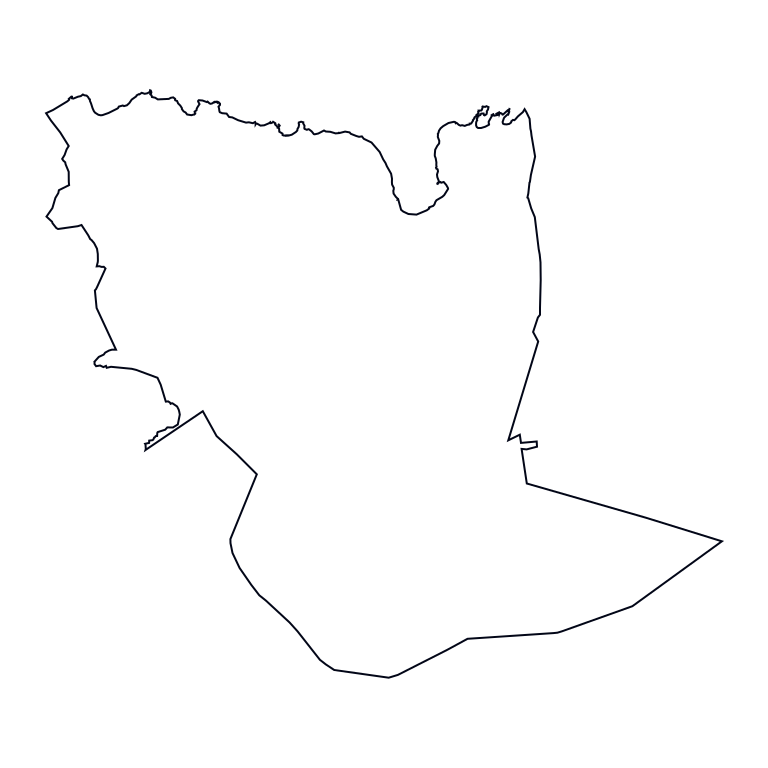 Malvik nor, Sør-Trøndelag, Norway (orthographic projection)
{"feature_id": "86288312B36520451776758", "entity_name": "Malvik nor", "entity_type": "district", "adm_level": 2, "iso_a3": "NOR", "parent_name": "Norway", "parent_adm1": "Sør-Trøndelag", "projection": "orthographic", "projection_center": [10.725, 63.369], "detail": "fine", "context": "isolated", "style": "outline", "palette": "ink", "viewbox_px": 768, "rotation_deg": 0, "n_neighbors": 0, "source": "geoboundaries", "source_scale": "gbopen_adm2", "svg_char_len": 6010}
<svg xmlns="http://www.w3.org/2000/svg" viewBox="0 0 768 768"><path d="M721.9,541.3L645.8,517.7L526.8,483.5L521.6,448.9L526.6,449.4L537.0,446.7L536.7,441.5L521.0,442.9L519.8,434.7L508.3,440.3L538.2,341.5L533.1,332.0L537.9,317.5L540.0,314.8L540.0,307.9L540.7,280.2L540.5,262.4L539.7,254.5L538.7,249.1L534.8,217.1L531.2,208.4L528.2,198.2L527.4,197.6L528.3,193.5L529.5,182.5L529.9,182.0L530.9,175.0L535.1,156.6L531.5,135.5L531.0,131.2L530.4,128.7L529.6,118.8L526.4,112.2L524.6,109.2L522.9,112.1L517.9,116.4L515.2,119.5L514.3,120.2L513.0,119.9L511.3,121.3L511.1,122.5L509.3,123.9L506.6,124.4L504.2,124.2L503.0,123.6L502.6,122.0L503.9,118.2L504.4,117.4L507.6,114.4L508.2,114.6L509.2,112.0L508.6,111.7L509.4,109.3L510.2,109.4L509.4,109.0L509.2,109.7L507.9,110.1L503.1,114.5L502.5,114.6L501.9,113.7L500.6,113.0L499.7,113.2L499.3,114.2L499.0,112.4L496.4,113.8L496.6,114.2L497.8,113.6L498.0,114.9L494.2,115.7L493.3,115.2L493.7,115.0L493.3,114.2L492.9,114.4L493.3,115.1L493.0,115.3L492.6,114.6L491.6,115.2L491.9,115.9L488.7,121.6L488.7,123.1L489.1,124.2L488.9,124.8L485.3,126.7L481.1,128.0L478.1,128.0L476.8,127.1L476.1,125.5L476.1,123.0L476.4,121.5L477.2,120.3L476.7,118.8L477.3,118.3L477.2,117.3L477.3,116.9L478.2,116.6L478.0,116.0L478.5,115.6L480.3,115.1L480.4,114.5L481.3,113.6L483.6,113.5L484.0,115.1L484.7,115.4L486.5,114.2L486.9,112.6L486.8,111.3L488.0,109.5L488.5,107.1L486.4,106.2L485.2,106.9L482.6,106.5L482.4,106.8L482.7,107.4L482.1,108.8L482.0,109.6L481.2,110.5L478.6,110.6L478.8,111.3L478.1,111.9L478.5,113.2L476.7,114.8L477.3,115.2L477.3,115.6L476.7,115.6L474.5,117.4L473.9,119.0L472.9,120.1L473.0,120.7L471.2,123.5L469.9,123.6L470.0,123.9L469.5,124.5L467.1,124.9L464.8,125.9L462.1,125.2L460.4,125.6L458.7,124.8L457.0,123.2L456.3,122.8L455.7,123.2L455.0,122.0L453.9,121.8L448.5,123.0L443.2,126.1L440.6,128.3L439.0,130.7L438.4,133.0L437.8,133.9L438.0,134.9L437.8,136.9L439.3,140.9L439.1,143.5L437.3,145.8L435.2,149.7L434.8,154.2L434.8,155.9L435.7,158.3L436.4,162.4L436.3,165.2L436.6,166.8L436.0,167.5L436.3,168.6L437.6,169.3L438.0,171.3L437.0,174.5L437.3,177.1L439.1,181.8L437.6,182.9L437.3,183.7L437.7,183.9L438.5,182.7L440.4,182.0L441.2,182.7L443.7,182.0L446.2,184.9L447.9,187.9L448.1,188.9L444.2,195.1L442.3,196.8L436.5,200.2L435.4,201.8L434.4,204.5L433.2,205.9L429.2,207.3L429.0,207.6L429.2,208.5L426.8,210.3L416.5,214.6L408.4,214.0L403.3,211.6L401.1,209.8L398.2,199.3L397.6,199.5L397.8,198.8L395.8,196.8L393.6,193.6L393.3,190.8L393.7,189.6L393.8,187.8L392.1,184.6L391.9,182.1L392.0,178.7L391.1,173.7L386.9,166.3L385.5,163.0L383.2,159.4L379.7,152.0L371.5,142.5L363.8,138.8L361.9,136.4L359.0,136.8L356.3,136.0L350.8,133.8L349.6,132.4L345.1,131.6L339.6,133.0L339.2,133.0L339.1,132.0L338.8,133.1L335.6,133.4L330.3,131.8L325.8,131.5L324.0,130.5L318.3,133.5L314.7,134.3L313.8,134.1L311.7,131.4L309.1,129.4L308.3,129.2L306.9,129.8L304.6,128.9L304.3,128.1L304.5,125.7L303.2,123.4L303.3,122.3L301.1,121.7L298.8,122.5L298.7,123.8L299.1,124.6L298.6,127.1L297.5,128.9L297.3,130.5L295.9,132.0L291.8,134.7L288.5,135.6L286.9,135.7L287.2,135.3L286.9,135.3L284.0,135.6L282.6,135.1L282.5,133.6L279.3,131.7L279.1,128.7L278.4,128.0L279.5,125.7L280.1,126.4L279.6,125.5L278.1,123.8L279.4,125.6L278.3,127.9L277.5,127.7L277.4,126.6L275.2,124.6L275.0,123.7L275.4,123.7L275.3,123.2L273.1,121.8L272.7,122.4L271.1,123.1L270.4,123.1L270.2,122.3L268.9,123.3L264.2,125.3L260.5,125.6L257.2,123.7L256.1,123.5L255.6,124.3L255.6,123.0L255.1,122.0L252.9,123.2L248.9,122.3L246.0,122.6L238.1,120.2L232.3,117.4L229.1,117.0L226.6,113.6L222.2,113.2L219.8,112.2L219.4,111.1L219.0,108.2L218.5,106.7L220.0,104.9L220.0,103.7L218.6,102.2L217.3,101.7L217.1,101.7L217.2,102.5L216.2,101.8L215.0,102.2L215.1,101.8L214.4,101.8L212.2,103.4L210.6,103.8L209.5,103.4L207.6,101.6L206.9,102.1L202.5,100.5L198.8,100.2L198.2,100.8L198.1,101.5L199.5,104.1L197.3,107.5L196.7,108.8L196.5,110.3L194.6,111.6L195.1,113.8L194.1,114.7L193.8,114.9L194.2,114.4L191.4,115.2L187.1,114.5L185.6,112.5L183.6,111.4L181.9,109.1L181.9,108.1L180.3,105.6L178.1,103.4L177.1,101.0L175.3,100.3L175.0,99.8L175.1,98.8L173.2,97.4L170.8,97.8L168.8,98.9L157.8,99.4L155.1,97.7L151.9,97.0L151.6,95.5L150.2,94.2L150.3,93.4L151.1,93.3L151.4,92.3L150.8,90.6L150.1,90.3L149.8,91.9L147.3,93.3L144.7,93.8L141.7,92.8L139.4,94.4L138.8,94.2L136.6,95.4L136.3,96.3L131.7,99.6L129.3,103.1L126.9,105.3L124.0,106.1L122.8,105.5L118.8,106.6L118.1,108.0L117.3,108.6L108.5,113.0L102.5,115.1L100.8,115.3L98.4,114.8L95.1,112.7L93.9,111.2L92.6,108.3L91.0,103.3L89.9,100.8L89.9,99.4L89.0,98.8L88.2,97.2L86.6,95.6L84.4,95.3L82.9,94.5L80.8,96.1L78.0,96.7L73.3,98.6L72.0,98.3L72.0,96.7L71.4,96.6L68.9,98.8L69.2,99.2L69.1,99.8L67.4,101.3L53.0,110.0L46.1,113.2L51.0,120.6L60.2,132.4L68.7,146.0L66.6,149.4L64.6,155.0L62.2,158.9L63.3,160.6L65.2,162.3L65.6,164.3L68.7,171.8L68.8,181.9L69.1,185.1L58.9,190.2L58.3,193.1L55.4,197.9L52.4,208.1L46.5,216.6L52.1,221.8L52.5,223.2L56.4,228.1L58.0,229.0L77.8,226.2L81.5,225.0L88.3,235.4L90.2,239.1L91.5,240.0L94.1,243.1L97.0,248.7L97.8,254.0L97.9,260.3L97.8,261.9L96.7,266.4L99.4,266.2L101.5,266.9L103.8,266.8L105.5,268.5L97.2,286.8L96.0,289.2L94.9,290.4L96.6,308.0L116.0,349.7L111.8,349.7L109.1,350.5L105.2,352.6L103.7,354.6L98.8,356.9L94.4,361.8L94.6,362.2L94.5,364.0L96.1,366.2L100.1,365.5L103.4,367.1L106.0,365.9L106.7,367.8L111.0,366.8L131.7,368.8L136.2,369.9L157.5,377.8L160.7,384.7L165.8,401.6L168.2,401.4L170.0,402.6L170.6,403.8L172.0,403.2L172.6,403.4L177.1,406.5L178.7,409.7L179.2,411.5L179.8,414.6L177.8,424.5L172.9,427.5L167.3,427.4L165.2,429.7L157.7,432.1L157.3,432.9L157.1,436.0L155.7,436.1L154.6,437.5L154.1,437.6L153.3,439.6L152.4,440.2L149.2,440.6L149.1,442.9L145.1,443.8L145.5,444.5L145.8,449.0L145.5,450.0L202.8,411.2L216.6,436.1L236.7,454.2L256.8,474.3L230.4,539.1L230.5,543.2L232.5,553.0L239.6,568.0L251.3,584.9L259.3,595.3L265.8,600.5L289.6,622.5L297.6,631.4L319.9,659.8L325.8,664.4L334.2,670.0L388.7,677.7L397.9,674.9L447.5,649.7L467.5,638.8L553.3,633.1L557.4,632.7L561.7,631.4L632.4,606.2L721.9,541.3Z" fill="none" stroke="#020617" stroke-width="2"/></svg>